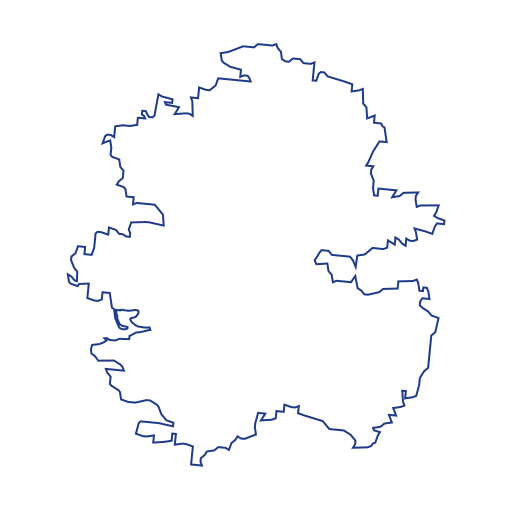 the district of Utsira nor, Norway, rotated 94°
{"feature_id": "86288312B95647148503835", "entity_name": "Utsira nor", "entity_type": "district", "adm_level": 2, "iso_a3": "NOR", "parent_name": "Norway", "parent_adm1": "", "projection": "albers", "projection_center": [4.885, 59.307], "detail": "fine", "context": "isolated", "style": "outline", "palette": "blue", "viewbox_px": 512, "rotation_deg": 94, "n_neighbors": 0, "source": "geoboundaries", "source_scale": "gbopen_adm2", "svg_char_len": 5468}
<svg xmlns="http://www.w3.org/2000/svg" viewBox="0 0 512 512"><g transform="rotate(94 256 256)"><path d="M210.9,77.8L211.1,70.6L207.5,70.5L205.4,77.7L203.5,81.2L200.0,79.3L192.8,77.3L194.1,95.5L195.8,99.1L188.5,100.8L184.9,100.7L181.3,98.7L182.7,113.3L184.5,115.1L186.2,117.0L187.9,124.3L184.3,122.4L180.7,120.5L180.2,138.6L187.4,138.8L187.3,142.4L180.1,144.0L176.4,143.9L172.8,143.8L165.5,147.2L161.9,147.1L158.3,145.2L158.1,152.4L154.6,150.5L143.8,146.6L136.7,142.8L133.1,140.8L133.3,133.6L126.0,135.2L118.8,136.8L117.5,139.2L115.1,140.3L114.8,147.6L107.6,147.4L109.3,151.0L111.0,154.7L100.1,156.2L96.4,159.7L81.9,161.1L83.6,164.8L85.2,172.1L78.0,171.9L76.0,179.1L71.8,197.1L68.1,200.6L68.0,204.2L69.8,206.1L77.0,208.1L76.9,211.7L58.8,211.2L60.5,214.9L60.3,222.1L56.6,225.6L56.4,232.9L58.1,234.8L59.9,236.6L59.8,240.2L57.9,243.8L50.6,245.4L46.9,248.9L43.2,250.6L44.9,254.3L44.6,265.2L44.5,268.8L46.2,270.7L48.0,272.5L47.8,279.8L47.7,283.4L51.1,290.7L54.5,298.1L56.1,305.4L63.4,303.8L65.3,302.0L69.1,294.9L71.2,284.0L78.4,284.2L76.7,280.6L76.8,277.0L78.7,275.2L82.3,273.5L81.4,306.1L88.6,308.1L90.4,310.0L92.1,311.8L93.9,313.7L93.8,317.3L91.8,324.5L102.6,324.8L102.4,332.0L106.1,330.3L120.6,328.9L118.7,332.5L118.6,336.1L120.1,347.0L116.5,345.1L112.9,343.2L111.3,356.4L108.9,357.6L109.1,350.3L105.5,350.2L103.4,361.1L101.5,364.6L123.1,367.1L124.9,368.9L124.8,372.5L121.6,374.8L119.2,376.0L119.1,379.6L122.8,379.7L124.1,377.4L126.5,376.2L126.3,383.5L133.5,383.7L135.1,390.9L135.0,394.6L134.9,398.2L136.5,405.5L147.3,405.8L145.4,409.4L145.3,413.0L147.1,414.9L154.3,416.9L152.5,413.2L150.9,409.5L158.1,407.9L161.8,408.0L165.4,408.1L167.2,406.3L169.2,399.2L176.5,397.6L178.4,395.8L180.2,394.1L187.5,394.3L189.2,396.1L191.0,398.0L194.5,399.9L196.5,392.7L198.4,390.9L205.7,389.3L205.9,382.1L213.1,382.3L211.4,378.6L211.6,371.4L211.7,367.8L211.9,360.5L213.8,358.8L215.6,357.0L217.5,355.2L219.4,353.5L221.2,351.7L232.1,350.2L229.9,364.6L229.8,368.3L231.2,382.8L238.4,384.8L242.0,383.1L245.7,383.2L245.6,386.8L243.6,390.4L243.5,394.0L239.8,397.5L237.8,404.7L245.0,404.9L243.0,412.1L242.9,415.7L244.7,417.6L251.9,417.8L259.1,418.0L266.3,420.0L266.1,427.3L258.9,427.1L258.7,434.3L265.9,436.3L267.6,438.2L269.4,440.1L273.0,440.2L280.3,436.7L282.2,435.0L284.0,433.2L293.6,432.9L293.0,435.3L289.3,438.8L287.4,442.4L294.7,440.8L296.5,439.0L298.5,431.8L296.2,430.5L295.2,420.9L309.7,421.3L311.7,414.1L311.8,410.4L310.1,406.8L302.9,406.6L303.1,399.3L310.4,397.7L317.6,396.1L318.9,393.8L327.9,392.1L336.9,387.5L338.0,385.6L338.4,383.0L337.9,380.2L337.2,379.2L335.8,379.2L335.0,384.4L333.6,387.3L326.8,390.7L326.2,390.0L324.6,390.4L324.2,391.1L319.6,391.7L319.7,387.7L319.2,387.6L319.0,385.5L319.4,382.3L319.5,379.1L319.0,376.0L318.2,372.7L318.7,369.6L321.5,369.3L325.2,371.8L327.0,376.7L327.9,377.1L330.6,375.4L333.1,372.1L334.5,369.0L335.1,362.9L335.0,359.4L334.7,357.1L337.2,356.3L337.4,357.7L340.1,366.4L340.6,370.0L342.5,373.0L344.6,376.6L347.7,376.7L348.1,382.9L348.0,386.2L350.1,390.6L349.9,396.3L348.4,398.6L348.7,401.3L350.6,399.2L352.5,401.4L354.8,406.2L355.5,409.7L356.1,413.3L360.5,414.1L364.7,413.4L367.1,409.7L371.4,406.0L370.2,390.4L374.1,383.2L375.9,381.5L379.6,379.8L379.1,397.9L382.8,396.2L384.6,394.4L386.5,392.6L390.1,392.7L393.7,392.9L395.6,391.1L399.4,383.9L401.2,382.2L408.5,380.6L410.5,373.4L410.7,366.2L407.4,355.2L407.5,351.6L411.3,344.4L413.2,342.7L420.5,339.3L422.4,337.5L424.2,335.7L426.1,334.0L428.1,326.8L431.7,326.9L429.5,341.3L429.0,359.4L430.8,361.3L441.6,363.4L443.6,356.2L443.7,352.6L442.1,345.3L449.3,345.5L447.8,334.6L446.2,327.3L439.0,327.1L439.1,323.5L449.9,323.8L448.3,316.5L448.4,312.9L450.4,305.7L468.5,306.2L468.8,295.3L465.1,297.0L461.5,296.9L458.0,293.2L454.4,291.3L452.8,284.0L449.3,280.3L449.5,273.0L451.4,269.5L444.3,267.4L440.8,263.7L437.2,261.8L439.1,258.2L439.2,254.6L435.8,247.3L434.1,243.6L426.8,245.2L423.2,245.1L412.4,243.0L412.6,235.7L416.2,237.7L419.7,239.6L418.2,228.7L416.5,225.0L409.3,224.8L409.5,217.5L402.3,217.3L404.3,210.1L404.4,206.5L402.7,202.8L409.9,203.1L411.9,195.9L416.0,177.9L417.9,176.1L419.8,174.3L421.6,172.6L423.5,170.8L423.7,163.6L423.9,156.3L427.7,149.2L429.6,147.4L431.4,145.7L433.3,143.9L436.9,144.0L440.5,145.9L439.1,131.4L437.4,127.7L435.0,126.4L433.9,124.0L426.7,122.0L423.1,120.1L421.7,126.1L419.3,127.2L417.7,119.9L414.2,116.2L412.6,108.9L408.9,110.6L405.2,112.3L405.4,105.1L401.8,106.8L398.1,108.5L396.5,101.2L394.8,97.5L391.1,99.2L380.2,100.7L380.3,97.1L387.6,97.3L386.0,90.0L384.3,86.4L373.5,84.3L369.9,84.1L366.2,84.0L359.1,80.2L355.6,76.5L330.3,75.8L323.1,75.6L319.6,71.9L305.2,69.6L303.1,76.8L299.4,80.3L296.2,86.2L293.7,89.2L290.1,89.1L286.6,87.2L286.8,80.0L279.5,81.6L275.8,83.3L275.7,86.9L279.3,87.0L279.2,90.6L272.0,92.2L268.3,93.9L270.0,97.6L271.4,112.2L278.6,112.4L280.0,126.9L281.8,128.8L283.5,130.6L286.8,141.6L286.7,145.2L283.0,148.7L281.1,152.3L269.1,155.6L275.5,159.4L275.4,163.0L275.1,173.9L276.8,177.5L269.5,179.2L265.8,182.7L258.5,184.3L258.8,186.3L260.0,195.2L256.0,197.2L252.3,194.9L248.8,193.2L245.6,191.1L245.8,183.9L247.7,182.2L249.6,180.4L249.7,176.8L249.8,173.1L249.9,169.5L250.1,162.3L251.9,160.5L253.8,158.8L260.0,155.8L248.5,155.0L246.9,147.7L243.4,144.0L239.8,140.3L240.1,133.0L240.2,129.4L238.5,125.7L231.2,125.5L233.1,121.9L235.0,118.4L227.8,118.2L229.7,114.6L231.6,112.8L233.4,111.1L235.4,107.5L228.1,107.3L230.0,103.7L230.1,100.1L228.4,96.4L221.1,98.1L217.5,99.8L219.6,88.9L221.6,81.7L214.4,79.7L210.9,77.8Z" fill="none" stroke="#1e3a8a" stroke-width="2"/></g></svg>